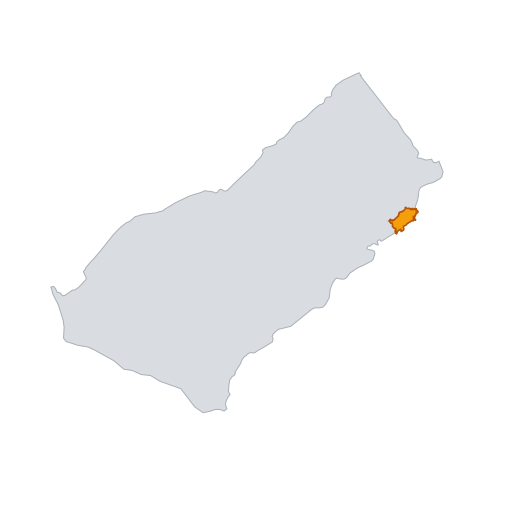 location of Chereponi, Northern, Ghana, rotated 53°
{"feature_id": "2480657B14989848452061", "entity_name": "Chereponi", "entity_type": "district", "adm_level": 2, "iso_a3": "GHA", "parent_name": "Ghana", "parent_adm1": "Northern", "projection": "equal_earth", "projection_center": [0.223, 10.179], "detail": "fine", "context": "in_parent", "style": "filled", "palette": "amber", "viewbox_px": 512, "rotation_deg": 53, "n_neighbors": 0, "source": "geoboundaries", "source_scale": "gbopen_adm2", "svg_char_len": 7174}
<svg xmlns="http://www.w3.org/2000/svg" viewBox="0 0 512 512"><g transform="rotate(53 256 256)"><path d="M301.4,56.0L304.4,59.8L305.0,62.0L303.9,70.2L301.7,75.9L300.4,81.3L300.5,84.0L301.9,86.6L306.4,90.9L308.8,93.6L311.6,97.8L314.7,101.8L320.2,107.1L322.5,108.1L322.4,109.5L321.6,111.6L321.1,131.3L320.7,136.4L320.3,139.0L319.8,146.3L319.2,147.4L318.2,147.3L317.3,147.6L317.0,149.0L317.4,150.5L320.7,151.6L320.0,152.7L317.5,153.7L316.4,156.0L316.9,158.5L315.6,160.5L315.9,161.9L316.8,162.9L318.2,162.5L322.0,159.1L323.6,158.8L325.6,159.5L329.3,164.6L329.5,167.2L328.0,175.9L326.5,182.6L326.2,191.5L327.8,196.6L327.6,199.3L325.9,201.7L322.1,205.2L322.4,207.5L324.1,211.9L327.3,216.8L333.6,222.9L336.9,230.8L337.0,234.0L335.1,237.3L332.8,240.0L332.1,244.1L333.1,270.6L328.1,282.1L328.1,285.4L328.6,289.2L329.9,291.5L332.4,292.2L334.5,294.4L333.8,302.5L332.7,310.7L332.5,314.7L331.9,316.6L329.9,318.2L329.2,320.8L329.7,324.0L329.4,326.3L330.4,329.4L332.7,333.3L336.3,342.8L337.7,343.5L338.3,345.5L337.9,347.5L339.3,351.7L343.4,355.9L347.6,359.6L351.1,360.1L351.9,363.4L354.1,367.6L355.8,369.4L358.4,370.6L360.5,371.2L360.6,374.8L356.8,377.2L354.1,380.8L352.2,386.4L349.4,392.5L339.9,395.7L336.3,395.8L316.8,395.9L298.6,407.9L288.0,412.2L281.6,419.0L272.9,423.8L266.8,429.7L254.2,432.5L233.5,441.7L227.1,445.3L220.5,451.7L209.9,459.2L205.7,459.1L197.4,452.1L191.1,448.6L175.8,443.2L164.3,441.2L158.8,438.9L157.3,438.5L158.6,435.9L161.8,435.8L165.1,436.6L167.7,434.6L171.4,434.4L172.4,432.4L172.7,427.3L172.7,423.2L174.0,421.4L174.3,416.6L172.5,405.9L171.2,404.7L164.5,403.2L164.1,401.1L162.9,398.8L161.6,393.3L160.1,385.2L157.8,375.0L153.4,358.3L152.3,352.4L151.5,346.4L151.4,339.2L152.3,336.5L152.2,332.8L151.8,329.1L155.0,320.6L161.2,310.2L162.5,306.5L163.7,303.8L163.8,300.1L165.0,288.0L168.0,273.3L169.8,267.8L171.1,264.8L172.6,259.9L173.0,257.7L178.7,251.9L181.4,250.4L181.9,248.1L181.1,245.7L181.4,244.0L182.8,243.1L184.9,242.4L186.4,240.1L184.1,222.1L182.2,204.1L182.1,202.6L180.9,200.1L179.8,192.6L177.9,188.3L175.2,187.0L175.3,182.9L178.0,176.0L178.7,172.0L177.4,170.8L177.2,167.6L178.2,162.5L177.7,159.4L177.2,156.1L174.5,148.2L173.8,142.6L175.2,139.4L175.2,132.3L173.7,121.3L173.5,114.4L174.5,111.5L174.1,108.7L172.0,106.1L171.9,103.6L173.6,101.1L173.4,99.2L171.3,97.8L169.3,94.4L167.7,89.1L168.0,80.5L171.3,64.7L171.7,63.4L175.4,63.5L175.4,64.2L186.8,64.0L199.8,63.8L215.4,63.6L229.5,63.4L230.1,62.7L232.5,61.9L246.7,63.5L255.7,62.7L259.4,63.2L262.2,64.3L268.4,63.6L271.7,64.0L274.1,67.9L275.1,67.9L276.5,66.2L279.0,64.3L281.5,62.8L283.3,59.7L284.4,57.4L286.0,57.9L288.4,57.7L289.9,55.8L290.5,52.8L301.4,56.0Z" fill="#d9dde1" stroke="#a8b0b8" stroke-width="1"/><path d="M308.0,128.7L308.3,128.5L308.6,128.7L308.6,128.8L308.7,128.6L308.8,128.6L309.0,128.4L309.2,128.2L309.3,128.3L309.6,128.6L309.8,128.5L309.8,128.4L310.2,128.5L310.6,128.3L310.7,128.6L310.7,129.3L310.8,129.0L311.1,128.7L311.1,128.3L311.5,128.0L311.7,127.6L311.9,127.4L312.9,127.9L313.0,127.9L313.3,128.0L313.5,128.2L313.4,128.6L313.5,128.7L314.0,128.8L314.3,129.1L315.2,129.0L315.6,129.3L315.8,129.1L316.4,129.1L316.5,129.0L316.6,128.9L316.8,128.9L316.9,129.0L317.0,129.0L317.1,128.9L317.2,128.7L317.3,128.6L317.3,128.4L317.5,128.3L317.6,128.2L318.2,128.2L318.9,128.0L319.0,128.1L319.0,128.3L319.1,128.5L319.0,128.8L319.2,129.1L319.4,129.0L319.6,128.9L319.8,128.9L319.9,129.3L319.8,129.9L319.9,130.1L320.4,130.3L320.7,130.4L320.9,130.4L321.0,130.3L320.9,130.1L321.0,129.8L321.4,130.2L321.6,130.3L321.8,130.8L322.1,130.8L322.3,130.7L322.6,130.5L322.8,130.5L322.7,130.0L322.7,129.7L322.2,129.2L322.0,128.8L321.8,128.3L321.6,127.9L321.5,127.4L321.4,126.7L321.6,126.2L321.7,125.8L321.7,125.5L321.5,124.9L321.5,124.7L321.7,124.4L321.8,124.3L322.2,124.8L323.1,124.9L323.5,125.3L323.9,125.2L324.0,125.1L323.9,124.8L324.0,124.4L324.0,124.0L324.0,123.7L324.2,122.8L324.1,122.5L324.0,122.4L323.7,122.0L323.4,121.8L323.2,121.4L322.9,121.4L322.5,121.2L321.7,121.1L321.3,120.7L321.2,120.2L321.1,119.5L321.3,119.0L321.4,118.4L321.6,118.1L321.6,117.7L321.6,117.3L321.2,116.4L321.0,115.9L321.2,115.6L321.2,114.9L321.1,114.6L321.1,114.4L321.3,113.9L321.3,113.0L321.4,112.8L321.5,112.7L321.5,111.5L321.5,111.1L321.6,110.2L321.6,109.9L321.7,109.7L321.9,109.8L322.1,109.7L322.4,109.3L322.5,109.2L322.4,109.0L322.4,108.9L322.1,108.8L321.9,108.5L322.1,108.5L322.1,108.4L322.3,108.3L322.3,108.1L322.4,107.9L322.7,107.7L322.8,107.3L323.0,107.4L323.3,107.2L323.2,106.7L322.9,106.6L322.6,106.6L322.3,106.7L321.8,106.9L321.4,106.9L321.2,106.7L320.9,107.1L320.4,107.0L320.2,106.8L320.2,107.0L320.0,106.8L319.9,107.1L319.7,106.9L319.6,107.0L319.5,106.9L319.4,106.8L319.7,106.7L319.8,106.3L320.2,106.0L320.4,106.0L320.5,106.0L320.3,105.6L320.3,105.3L320.2,105.2L319.9,105.0L319.7,105.3L319.4,105.2L319.5,104.5L319.3,104.2L319.4,103.8L319.2,103.4L319.0,103.1L318.8,103.2L318.7,103.0L318.2,102.7L318.3,102.6L318.3,102.4L318.5,102.2L318.7,101.8L318.7,101.3L318.7,101.1L318.6,100.6L318.4,100.7L318.2,100.7L318.1,100.4L318.1,100.1L318.0,99.9L317.9,99.9L317.8,100.0L317.7,99.9L317.6,100.0L317.4,99.9L317.3,100.0L317.3,100.3L317.1,100.2L317.1,100.4L317.2,100.5L316.8,100.7L316.7,100.6L316.4,100.7L316.3,100.4L316.2,100.4L316.0,100.2L315.9,100.3L315.7,100.2L315.7,100.5L315.6,100.4L315.2,99.8L314.8,99.8L314.8,99.7L315.0,99.7L314.8,99.6L314.7,99.8L314.5,100.1L314.4,100.1L314.2,100.1L314.3,100.5L314.4,100.9L314.3,101.0L314.3,100.8L314.1,100.8L313.8,100.9L313.7,101.1L313.8,101.1L313.7,101.2L313.9,101.4L313.9,101.6L313.9,101.9L313.9,102.1L313.7,102.2L313.4,102.2L313.5,102.3L313.4,102.5L313.4,102.4L313.3,102.5L313.3,102.4L313.2,102.3L313.1,102.5L313.0,102.4L312.8,102.6L312.6,102.7L312.5,103.0L312.3,102.9L312.1,103.0L312.0,102.9L311.9,103.1L312.0,103.2L311.9,103.5L312.0,103.6L311.9,103.7L312.1,103.8L311.9,103.9L312.0,104.1L311.6,104.0L311.4,104.1L311.3,104.5L311.1,104.5L310.9,104.5L310.7,104.5L310.5,104.8L310.3,104.9L310.3,105.0L310.2,105.0L310.1,104.9L309.9,105.0L309.8,105.5L309.7,105.5L309.7,105.8L309.5,106.1L309.2,106.3L309.0,106.6L308.6,106.9L308.4,107.1L308.1,107.0L307.9,107.2L307.7,107.1L307.4,107.0L307.2,107.1L307.2,107.3L307.3,107.5L307.3,107.9L307.8,108.0L308.1,107.9L308.1,108.0L308.2,108.3L308.3,108.9L308.4,109.6L308.4,110.3L308.8,110.7L308.9,111.1L308.6,111.2L308.4,111.6L308.2,112.1L308.2,112.5L308.4,112.7L308.6,113.0L308.4,113.1L308.2,113.6L307.8,113.7L307.7,113.8L307.6,114.1L307.7,114.6L307.5,114.9L307.4,115.0L307.6,115.7L307.8,115.5L308.0,115.7L308.0,115.8L308.1,116.0L308.3,116.5L308.5,116.7L308.7,117.0L308.9,116.9L308.9,117.1L309.1,117.4L309.2,117.5L309.2,117.8L309.4,117.9L309.5,118.2L309.8,118.3L309.7,118.5L309.6,119.0L309.7,119.3L309.7,119.6L309.8,119.6L309.9,119.8L309.8,120.0L309.9,120.3L309.9,120.5L310.0,120.6L310.1,121.1L310.1,121.3L310.1,121.6L309.9,121.7L309.9,122.1L310.0,122.4L310.0,122.6L310.2,122.9L310.1,123.0L310.3,123.4L310.2,123.7L310.3,123.7L310.3,123.9L310.4,124.1L310.3,124.5L310.2,125.0L310.2,125.5L310.1,125.8L309.9,125.9L309.8,126.1L309.7,126.2L309.5,126.3L309.3,126.2L309.1,126.4L308.9,126.5L308.7,126.5L308.7,126.4L308.5,126.7L307.8,126.4L307.6,126.6L307.5,126.8L307.7,127.2L307.8,127.8L308.0,128.0L308.0,128.7Z" fill="#f59e0b" stroke="#b45309" stroke-width="1.5"/></g></svg>